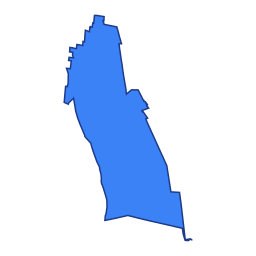 outline of Antiguo Morelos, Tamaulipas, Mexico
{"feature_id": "50627088B85059783255621", "entity_name": "Antiguo Morelos", "entity_type": "district", "adm_level": 2, "iso_a3": "MEX", "parent_name": "Mexico", "parent_adm1": "Tamaulipas", "projection": "equal_earth", "projection_center": [-99.078, 22.569], "detail": "fine", "context": "isolated", "style": "filled", "palette": "blue", "viewbox_px": 256, "rotation_deg": 0, "n_neighbors": 0, "source": "geoboundaries", "source_scale": "gbopen_adm2", "svg_char_len": 2406}
<svg xmlns="http://www.w3.org/2000/svg" viewBox="0 0 256 256"><path d="M191.7,240.3L191.7,240.2L191.8,240.0L191.6,239.8L191.4,239.8L191.2,239.6L191.0,239.3L190.6,238.9L185.2,239.6L181.0,203.4L179.5,192.4L170.9,191.9L166.8,165.7L148.3,124.9L145.7,118.9L147.6,118.2L142.8,111.3L142.4,111.7L141.9,110.6L148.5,108.1L148.0,107.7L147.4,106.9L147.7,106.8L146.7,105.3L147.4,104.7L146.8,103.9L146.1,103.9L146.0,103.1L146.3,103.1L146.0,102.7L145.2,101.6L144.3,101.6L144.0,100.9L143.9,101.1L143.5,100.5L143.2,100.0L143.1,99.9L143.0,99.7L142.9,99.4L138.1,89.9L135.6,89.9L131.6,89.8L126.4,94.1L125.9,89.1L123.5,75.1L122.6,68.9L122.3,66.6L122.2,65.7L122.0,64.2L121.2,59.7L120.3,53.2L120.2,52.5L120.1,52.1L120.1,51.8L119.8,50.1L119.7,49.5L119.0,43.8L121.5,43.7L119.3,36.2L118.7,33.7L116.8,26.9L105.3,24.6L104.7,24.5L104.1,24.3L103.0,20.6L103.9,20.7L104.1,16.6L100.3,16.0L96.7,15.4L94.5,15.4L94.1,19.1L93.7,23.1L92.8,22.9L92.5,24.9L92.3,26.2L92.2,27.2L90.4,26.6L90.3,27.6L89.8,27.5L89.4,31.7L88.5,31.4L85.4,30.2L85.1,33.3L85.0,34.7L84.7,39.6L84.5,41.7L83.0,41.4L82.7,45.5L79.0,44.8L76.9,44.5L76.4,48.6L75.3,48.5L75.1,48.4L74.0,48.2L72.7,47.8L71.7,47.7L69.9,47.4L69.6,51.9L72.8,52.4L72.5,54.7L72.5,55.1L72.8,55.9L73.5,57.8L69.1,57.3L68.6,60.5L71.3,60.8L70.3,68.7L66.5,68.3L68.3,73.7L68.1,83.5L67.5,85.5L67.4,86.6L65.6,86.3L64.7,96.6L64.2,102.4L68.3,104.2L68.8,102.7L72.7,99.1L73.3,98.9L73.6,98.4L75.2,107.7L75.6,110.7L77.6,117.7L79.9,123.9L84.6,135.0L84.9,136.4L84.9,136.6L90.8,143.2L91.3,145.2L93.1,151.2L96.8,161.5L98.4,164.8L98.5,165.0L98.8,165.4L99.0,165.9L99.6,167.8L99.6,168.8L101.0,174.3L101.4,178.6L101.2,181.0L101.5,183.2L101.8,184.2L102.3,185.2L103.4,188.3L105.1,193.8L105.5,195.1L106.8,199.9L106.8,200.0L106.9,200.3L106.9,200.6L106.9,201.0L107.0,205.8L107.0,207.1L106.0,214.1L105.8,214.7L105.3,215.6L104.9,220.4L105.7,220.3L114.4,218.5L126.0,215.9L127.7,215.5L127.8,215.5L128.4,215.6L128.5,215.6L129.2,215.8L129.3,215.9L129.5,215.9L129.8,216.0L130.0,216.0L130.4,216.1L131.7,216.4L132.7,216.7L134.3,217.1L138.2,218.1L139.2,218.3L140.9,218.7L141.4,218.9L143.3,219.3L144.0,219.5L145.3,219.8L146.3,220.0L146.7,220.1L147.5,220.3L147.9,220.4L148.7,220.6L151.2,221.2L153.1,221.6L182.4,228.3L183.2,234.1L185.1,240.3L187.7,240.6L188.0,240.5L188.4,240.5L188.7,240.3L189.2,240.0L189.7,239.6L189.9,239.2L190.2,239.0L190.7,239.1L191.0,239.4L191.6,240.0L191.7,240.3Z" fill="#3b82f6" stroke="#1e3a8a" stroke-width="1.5"/></svg>